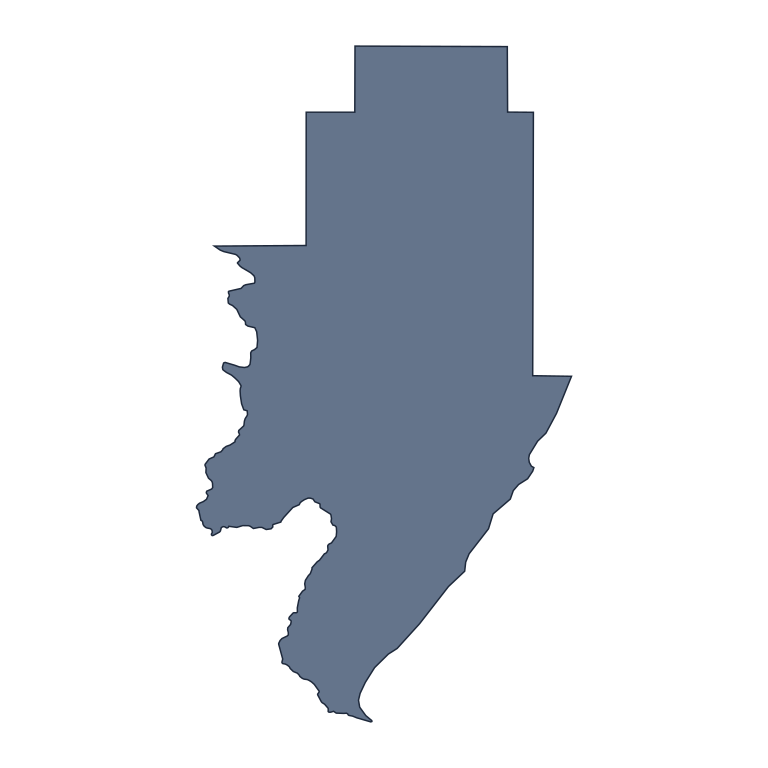 Menominee, Michigan, United States of America
{"feature_id": "52423323B70505810284564", "entity_name": "Menominee", "entity_type": "district", "adm_level": 2, "iso_a3": "USA", "parent_name": "United States of America", "parent_adm1": "Michigan", "projection": "robinson", "projection_center": [-87.723, 45.54], "detail": "fine", "context": "isolated", "style": "filled", "palette": "slate", "viewbox_px": 768, "rotation_deg": 0, "n_neighbors": 0, "source": "geoboundaries", "source_scale": "gbopen_adm2", "svg_char_len": 3706}
<svg xmlns="http://www.w3.org/2000/svg" viewBox="0 0 768 768"><path d="M214.4,246.1L220.2,250.1L223.8,251.6L235.5,254.4L236.9,255.2L239.5,257.8L240.0,259.2L240.0,260.3L237.5,262.7L237.5,263.2L240.0,266.1L241.9,267.6L250.6,272.7L254.0,275.8L254.8,277.8L254.9,281.6L254.7,282.7L254.3,283.2L245.9,284.7L243.7,285.6L241.1,288.4L228.9,291.2L228.4,291.8L228.6,293.4L229.3,294.8L229.2,296.3L227.9,298.4L228.3,303.0L229.7,304.2L232.5,305.5L236.8,309.4L240.3,316.8L244.9,320.9L245.4,322.0L245.6,324.5L247.9,326.1L254.8,327.7L256.7,331.8L257.6,340.4L257.0,347.5L254.5,349.6L251.8,350.9L251.2,351.8L250.7,352.9L250.8,357.8L250.2,363.1L249.9,364.6L248.6,366.0L247.7,366.8L244.5,367.5L239.3,366.9L234.6,365.2L225.1,362.4L223.6,363.0L222.4,367.2L222.8,369.5L223.2,370.0L226.4,372.4L231.5,375.1L234.6,377.7L238.6,381.6L241.0,385.6L241.0,386.5L240.3,388.5L240.1,390.9L240.4,395.9L241.6,403.8L243.8,409.8L247.2,410.8L247.5,414.6L247.0,415.8L245.2,418.6L244.4,421.1L244.0,424.8L243.7,425.9L238.8,430.4L238.5,432.0L239.4,434.0L239.5,435.0L236.0,438.9L235.1,440.3L235.0,441.8L230.1,445.0L226.2,446.4L223.1,448.7L222.7,449.8L220.9,451.8L215.5,453.7L213.9,456.9L209.1,459.0L205.1,464.3L205.0,465.3L206.1,468.0L205.9,472.6L208.5,478.2L211.2,480.5L212.0,481.6L212.5,483.2L212.7,487.5L211.7,489.0L206.7,491.2L206.3,492.5L206.4,493.1L208.1,495.6L206.5,499.3L203.3,501.6L199.5,503.2L197.8,504.6L196.7,506.1L196.5,507.8L198.9,510.5L199.1,512.0L200.9,520.3L201.8,520.6L202.7,522.1L202.9,523.8L203.2,524.7L204.0,526.0L205.6,527.4L207.0,528.0L210.6,528.7L212.0,530.2L212.3,532.4L211.4,534.1L211.5,534.9L212.2,535.6L213.3,535.4L219.6,532.0L220.4,531.0L221.3,527.6L223.0,526.6L224.7,526.8L226.5,527.9L227.7,527.8L228.5,527.1L228.8,526.3L236.8,527.4L242.7,525.6L248.9,525.7L250.4,526.4L253.4,528.5L259.0,527.4L260.5,527.4L261.9,527.4L266.2,529.5L271.1,528.8L272.8,527.0L272.7,525.2L273.1,524.5L280.8,522.1L281.2,521.0L283.8,517.4L292.8,507.5L299.2,504.7L300.2,502.7L301.7,501.4L304.5,499.6L308.1,498.1L310.3,498.1L313.0,499.0L314.9,501.8L319.7,503.7L320.0,504.3L320.1,507.1L320.6,507.9L330.5,514.1L331.0,515.2L331.5,518.7L331.0,521.8L332.9,525.1L334.6,525.5L336.0,526.6L336.4,527.8L336.6,531.9L336.2,536.4L331.5,542.9L329.0,544.1L327.9,545.3L327.7,546.2L328.0,550.0L326.7,552.4L325.7,553.3L324.4,553.8L319.5,560.2L317.2,561.8L312.0,567.7L312.0,569.1L310.3,573.6L308.4,575.6L305.4,580.3L304.7,583.9L305.3,587.4L305.1,589.4L302.5,591.2L298.8,596.3L299.6,597.8L298.7,600.6L297.3,607.8L297.4,611.8L296.9,612.5L296.1,612.8L293.9,612.7L293.1,613.0L289.5,616.9L288.9,618.2L289.1,619.3L290.9,620.5L291.2,621.7L290.6,624.4L287.8,627.7L287.6,629.8L288.3,632.5L288.3,634.9L287.2,636.0L282.0,638.5L280.1,640.5L278.7,643.4L278.7,644.3L282.7,659.0L281.9,662.2L282.2,663.1L282.8,663.6L285.4,664.1L287.3,665.1L289.3,666.7L290.2,668.5L293.3,671.5L297.4,673.2L299.4,675.4L299.8,676.4L302.2,678.3L304.0,679.1L307.4,679.6L309.1,680.4L311.5,681.9L314.3,684.4L319.2,691.3L319.1,692.0L317.6,694.2L317.8,695.1L321.3,701.7L322.2,702.7L324.6,704.2L327.7,707.8L328.2,708.4L328.2,711.6L329.0,712.2L330.7,712.2L333.6,711.3L336.2,713.1L343.7,713.4L346.5,713.2L347.7,713.9L348.1,714.8L348.9,715.4L352.6,716.1L356.7,717.8L370.8,721.9L371.9,721.5L371.8,720.6L365.8,715.6L359.7,707.2L358.5,700.2L360.1,693.4L365.3,682.4L374.6,667.6L388.3,654.1L397.2,648.4L419.6,623.7L448.5,586.5L464.7,571.2L465.7,562.1L469.1,553.8L488.5,528.8L493.1,513.9L510.3,499.1L513.3,490.6L518.6,484.5L527.6,478.8L532.7,471.2L533.9,467.6L531.4,466.2L529.3,462.4L528.7,458.3L529.4,454.6L537.6,441.2L545.9,433.2L556.5,413.4L571.5,376.3L532.7,375.7L533.4,112.3L507.6,112.1L507.3,46.6L355.0,46.1L354.8,112.2L306.2,112.2L306.1,245.5L214.4,246.1Z" fill="#64748b" stroke="#1e293b" stroke-width="1.5"/></svg>